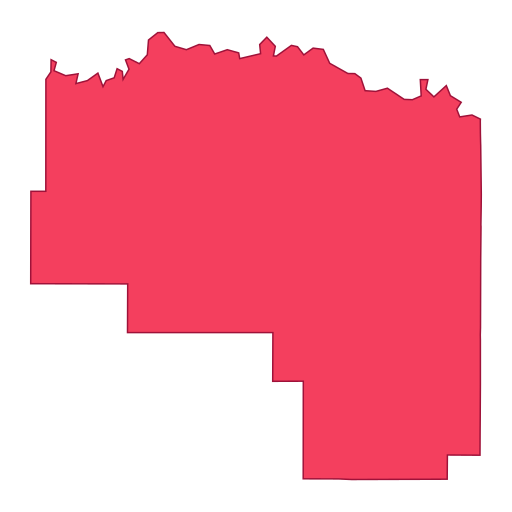 Richland, Montana, United States of America
{"feature_id": "52423323B43875780318183", "entity_name": "Richland", "entity_type": "district", "adm_level": 2, "iso_a3": "USA", "parent_name": "United States of America", "parent_adm1": "Montana", "projection": "mercator", "projection_center": [-104.546, 47.751], "detail": "fine", "context": "isolated", "style": "filled", "palette": "rose", "viewbox_px": 512, "rotation_deg": 0, "n_neighbors": 0, "source": "geoboundaries", "source_scale": "gbopen_adm2", "svg_char_len": 1245}
<svg xmlns="http://www.w3.org/2000/svg" viewBox="0 0 512 512"><path d="M45.9,79.3L45.8,191.3L30.9,191.3L30.8,234.9L30.7,283.7L127.7,283.9L127.5,332.6L272.9,332.6L272.7,381.3L303.3,381.2L303.2,478.8L338.3,478.9L351.5,479.5L447.2,479.2L447.4,455.0L480.0,455.2L480.0,454.9L480.1,432.1L480.2,420.4L480.4,384.5L480.4,339.9L480.3,334.9L480.5,327.7L480.7,259.3L480.7,259.2L481.0,227.7L481.0,226.5L480.9,224.9L481.2,206.1L481.3,194.5L481.1,178.3L480.7,145.4L480.6,142.6L480.4,133.0L480.3,121.0L480.4,119.1L472.0,115.0L459.7,116.9L456.7,109.2L461.2,102.3L450.4,95.7L446.3,85.6L433.9,96.9L425.9,89.3L427.9,79.6L420.3,79.6L421.2,95.9L412.4,99.7L404.2,99.4L387.4,88.2L375.9,91.4L365.1,90.7L360.9,78.1L354.8,73.6L347.9,73.5L329.7,63.3L323.3,49.4L313.1,48.1L303.8,54.9L297.5,46.7L291.4,45.4L276.4,56.1L273.4,55.9L275.3,46.3L266.8,37.2L259.7,44.5L260.6,53.7L239.7,58.6L238.7,52.9L227.3,49.7L214.7,54.0L209.8,45.5L199.0,44.5L186.4,49.7L174.9,46.3L164.0,32.5L157.8,32.6L148.5,40.0L147.3,54.8L139.3,63.7L129.2,58.6L125.5,59.9L129.0,69.2L123.1,79.4L122.3,71.4L117.1,68.7L114.2,77.8L106.2,80.6L103.0,86.7L97.9,73.1L87.4,80.6L75.9,83.6L78.1,73.8L65.7,75.7L54.0,70.7L56.3,62.4L51.1,59.7L50.9,71.9L45.9,79.3Z" fill="#f43f5e" stroke="#9f1239" stroke-width="1.5"/></svg>